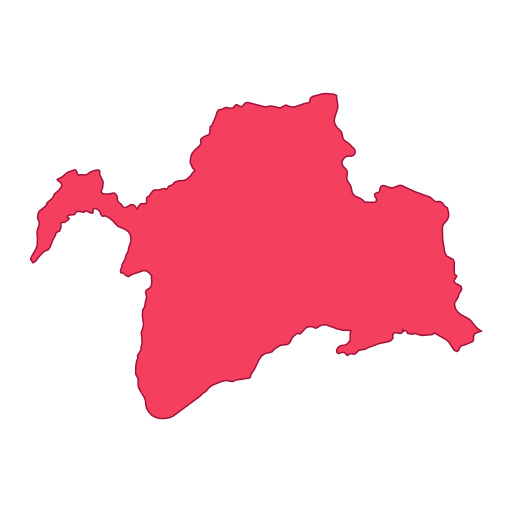 the Region of Gorno-Badakhshan
{"feature_id": "TJK-366", "entity_name": "Gorno-Badakhshan", "entity_type": "Region", "adm_level": 1, "iso_a3": "TJK", "parent_name": "Tajikistan", "parent_adm1": "", "projection": "albers", "projection_center": [72.466, 38.073], "detail": "fine", "context": "isolated", "style": "filled", "palette": "rose", "viewbox_px": 512, "rotation_deg": 0, "n_neighbors": 0, "source": "natural_earth", "source_scale": "10m", "svg_char_len": 6036}
<svg xmlns="http://www.w3.org/2000/svg" viewBox="0 0 512 512"><path d="M325.8,93.5L334.1,94.3L336.7,95.6L336.6,97.9L337.7,104.5L337.8,106.9L337.6,108.7L334.9,116.9L334.2,120.4L334.8,123.7L336.9,127.4L340.8,131.1L341.7,132.7L343.1,138.6L344.1,140.1L349.6,144.1L352.6,147.4L353.9,148.3L354.9,150.2L355.2,152.2L354.7,154.0L353.4,155.4L351.5,156.1L347.1,156.2L345.1,157.2L343.8,158.5L342.6,160.4L341.9,162.5L342.2,164.6L343.3,166.3L346.0,169.3L347.0,170.9L347.3,173.1L346.8,178.3L347.1,180.1L350.5,185.5L351.1,187.2L352.1,192.0L352.9,193.8L354.6,195.7L356.2,196.7L359.5,197.9L361.1,198.8L363.9,201.3L365.3,202.2L374.1,202.3L375.6,201.9L376.8,199.9L376.0,198.1L374.8,196.2L374.7,194.0L375.4,193.4L379.0,192.1L379.6,191.3L379.9,188.4L381.1,186.4L382.4,185.6L384.0,185.6L389.6,187.5L391.4,187.7L393.4,187.6L399.7,185.3L401.6,185.5L414.7,191.6L430.2,197.2L434.9,201.4L437.0,201.7L439.0,201.4L440.7,201.8L442.2,202.8L444.6,206.0L446.9,207.5L447.5,208.2L448.7,213.5L448.7,215.8L448.2,217.9L447.2,219.9L443.5,224.3L442.6,226.2L442.4,228.3L442.7,239.4L444.8,252.7L446.6,256.0L453.2,259.5L454.4,262.7L454.2,270.0L454.5,273.9L454.8,274.5L456.7,275.8L456.5,276.6L455.0,279.2L454.3,279.6L454.0,280.2L454.3,281.7L454.8,282.6L455.4,283.2L460.2,285.7L461.3,286.8L461.7,288.9L461.5,290.0L458.8,294.3L458.1,297.4L454.8,302.4L454.5,304.6L455.5,308.7L457.7,311.9L460.6,314.4L469.1,319.1L470.7,320.5L475.6,326.6L478.3,329.1L481.3,331.1L476.8,332.7L474.7,333.9L473.6,335.9L473.5,340.2L472.7,341.6L464.2,345.1L462.0,345.5L460.3,346.6L458.5,350.5L456.7,351.5L453.9,350.0L449.4,342.9L446.8,340.1L434.7,333.1L432.1,334.6L421.9,335.5L417.7,334.4L415.7,333.5L412.3,334.1L408.6,333.7L407.7,333.4L406.3,331.1L405.4,330.6L404.3,330.7L403.3,331.4L402.8,329.9L401.7,333.1L399.5,333.4L396.8,332.8L394.3,332.8L392.9,334.4L392.8,338.4L391.1,340.5L388.9,341.5L378.6,343.7L371.7,346.4L369.7,346.9L364.6,349.4L360.6,349.9L358.7,350.5L355.2,353.9L353.9,354.2L350.4,353.7L349.5,354.0L348.0,355.2L347.0,355.3L344.3,352.4L342.4,352.3L338.5,353.5L337.0,352.7L336.6,350.2L337.7,347.9L339.6,346.2L341.6,345.5L345.1,345.1L346.5,344.4L348.1,343.0L349.6,341.1L350.2,339.4L350.1,334.6L350.8,330.6L347.5,330.3L343.5,330.4L337.0,328.8L325.9,324.8L321.8,325.0L316.1,328.2L314.5,327.8L313.0,326.9L310.8,326.6L308.5,326.9L306.6,327.5L305.2,328.6L300.7,333.5L299.7,334.0L297.7,333.3L296.9,333.6L293.4,336.4L291.9,338.2L290.4,341.6L289.3,343.2L287.4,344.5L280.8,345.2L274.2,349.2L272.2,351.7L269.9,352.5L265.5,353.4L261.8,355.7L259.1,359.5L254.8,368.5L250.9,374.6L250.4,376.9L249.6,378.0L235.7,380.1L232.6,381.6L226.2,380.5L222.0,381.3L212.6,385.1L208.9,387.7L205.7,391.6L202.6,393.4L200.1,396.1L173.0,416.2L169.3,417.7L164.7,418.5L160.2,418.5L155.8,417.5L151.9,415.4L148.8,412.0L147.6,410.0L146.5,407.8L145.9,405.4L145.3,400.0L144.4,397.7L139.2,389.0L138.4,386.9L138.1,384.4L138.2,379.6L137.9,378.2L135.8,374.4L135.6,373.0L135.8,366.0L136.6,361.2L137.2,359.5L137.8,358.4L137.5,355.6L141.0,349.8L141.1,346.5L141.7,345.1L142.0,342.6L141.9,337.7L141.2,333.2L141.5,331.6L142.6,329.0L143.5,324.3L142.3,314.9L142.8,309.8L144.7,306.7L145.4,301.9L146.7,297.1L145.5,292.3L146.3,290.2L149.7,288.0L151.2,286.0L151.6,283.9L151.7,281.1L151.3,277.2L152.0,276.4L149.2,272.9L146.4,270.9L143.2,270.7L131.9,274.5L128.4,276.7L126.4,275.8L123.0,272.9L122.0,272.8L121.3,273.0L120.8,272.7L120.5,271.2L120.6,270.0L121.6,267.4L122.2,264.4L125.0,259.3L126.3,254.5L128.1,251.3L128.7,247.9L130.4,242.9L131.0,240.2L130.4,235.0L128.3,231.6L125.2,229.4L117.7,226.2L112.2,220.2L108.7,217.6L106.1,216.2L105.0,215.9L102.5,216.3L101.6,215.5L101.0,214.6L99.8,211.5L97.9,209.6L96.9,209.0L95.7,208.6L93.6,208.7L92.9,209.5L93.2,212.1L92.2,213.3L90.0,212.7L86.3,210.9L85.2,211.0L84.4,212.0L83.7,212.3L80.6,211.6L77.7,211.5L76.3,211.8L74.5,214.6L69.1,215.1L67.4,216.1L67.4,216.9L69.2,218.3L68.4,219.7L64.3,222.5L62.2,222.3L61.4,222.8L60.9,223.8L61.0,227.2L59.6,231.1L56.3,232.5L55.4,235.3L52.6,240.6L50.1,247.0L48.9,248.9L48.0,249.8L44.8,251.1L43.8,251.8L39.7,255.9L35.5,261.3L34.7,261.9L32.9,262.8L30.8,259.7L30.7,258.4L31.8,256.0L35.8,249.2L37.0,245.9L37.2,244.5L37.4,238.0L37.0,232.0L37.9,228.2L39.1,225.5L39.3,223.5L38.7,220.5L37.7,218.8L37.6,217.9L38.0,214.0L39.3,211.2L45.7,206.0L46.7,204.5L47.1,202.8L52.7,197.9L54.4,194.0L58.7,190.4L59.7,189.2L61.5,186.5L61.7,185.0L61.3,183.6L60.3,182.4L57.6,180.3L57.2,179.6L57.6,179.1L61.6,177.3L66.7,173.0L68.1,172.1L74.5,169.8L75.6,170.1L76.7,171.6L77.6,174.4L78.0,175.0L81.6,174.7L84.5,175.0L86.8,174.6L89.9,172.3L94.4,170.5L98.1,170.0L99.3,170.4L99.8,171.1L99.6,174.5L102.8,180.9L103.2,182.5L102.8,185.0L102.7,187.5L101.4,190.7L101.4,192.0L102.2,193.3L104.9,194.1L108.8,194.0L113.5,193.0L114.6,193.2L115.7,194.1L116.7,195.4L117.2,197.2L117.4,199.5L117.9,201.1L118.7,202.4L121.2,204.2L123.4,207.3L124.0,207.6L125.1,207.5L126.5,207.1L130.5,204.8L132.1,204.5L133.4,204.9L134.5,205.7L135.5,206.8L136.6,208.7L137.0,209.0L137.4,208.8L138.5,206.1L140.6,203.9L141.8,203.6L144.7,203.7L145.4,203.5L146.2,202.9L146.6,201.8L146.6,198.7L146.8,197.6L147.3,197.0L149.4,196.0L150.7,193.6L153.4,190.3L154.3,190.0L155.9,189.9L158.6,190.0L163.9,188.5L165.1,188.6L166.2,189.5L166.7,189.4L167.2,188.9L168.5,186.6L169.2,185.9L172.1,185.0L174.2,182.7L175.5,181.7L179.4,180.7L183.9,180.5L187.1,179.1L190.9,175.4L192.5,172.8L195.1,170.7L192.5,167.8L190.5,163.4L190.2,161.8L190.3,160.1L190.6,159.0L190.9,156.5L192.0,153.4L194.8,150.1L200.0,145.2L200.7,143.9L200.9,142.9L200.7,140.6L200.9,139.3L201.5,138.4L204.6,136.4L207.7,135.2L208.9,134.4L209.6,133.5L209.9,132.4L210.0,129.0L210.3,126.3L211.4,126.3L215.1,118.2L217.2,111.9L218.3,110.1L219.9,109.6L221.8,109.3L225.2,107.6L226.8,107.5L229.7,108.3L232.7,108.1L235.5,105.1L236.5,104.7L237.9,105.1L240.1,106.6L241.6,106.6L242.6,105.9L244.4,103.8L245.3,103.0L246.8,102.5L248.3,102.6L265.0,106.9L266.4,106.8L270.2,106.0L272.1,106.1L279.3,107.8L280.7,107.7L285.1,105.3L286.2,105.1L288.9,106.2L292.1,107.1L294.9,106.8L304.1,103.6L309.2,102.6L309.8,101.4L310.0,99.7L310.6,97.9L312.8,96.4L322.6,93.8L325.8,93.5Z" fill="#f43f5e" stroke="#9f1239" stroke-width="1.5"/></svg>